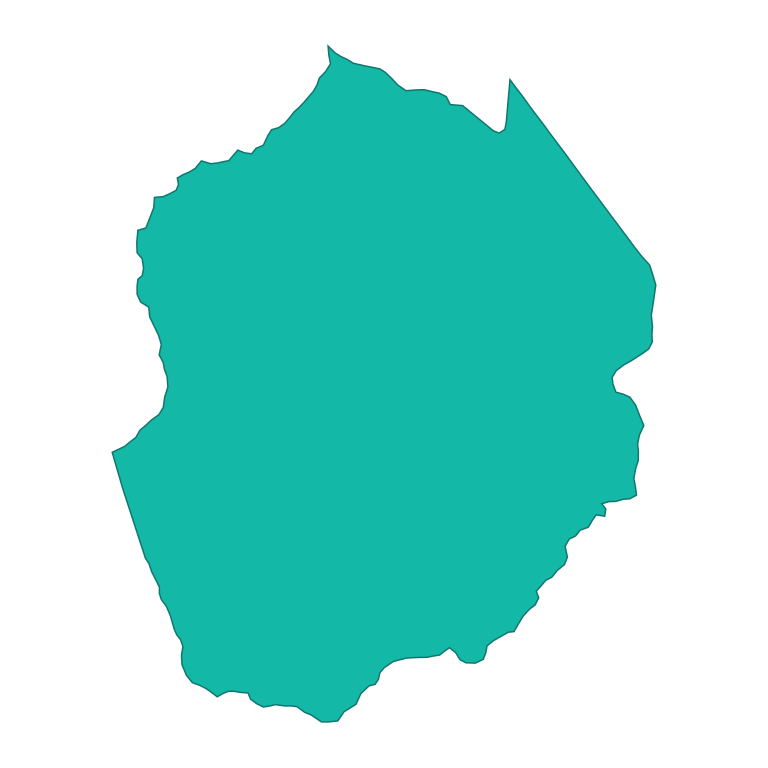 Ocara, Ceará, Brazil
{"feature_id": "56859067B33853151624364", "entity_name": "Ocara", "entity_type": "district", "adm_level": 2, "iso_a3": "BRA", "parent_name": "Brazil", "parent_adm1": "Ceará", "projection": "natural_earth1", "projection_center": [-38.509, -4.524], "detail": "fine", "context": "isolated", "style": "filled", "palette": "teal", "viewbox_px": 768, "rotation_deg": 0, "n_neighbors": 0, "source": "geoboundaries", "source_scale": "gbopen_adm2", "svg_char_len": 2960}
<svg xmlns="http://www.w3.org/2000/svg" viewBox="0 0 768 768"><path d="M250.5,699.1L256.5,703.6L263.3,707.0L269.8,706.0L275.4,704.6L284.6,705.9L291.0,705.9L297.1,706.7L304.8,712.4L310.9,714.8L315.9,718.2L321.5,721.9L328.8,721.9L337.8,720.9L344.1,711.7L356.0,704.3L360.8,693.7L369.0,685.9L375.1,684.3L378.4,679.4L379.8,672.9L384.3,667.6L393.3,661.5L406.2,658.1L412.8,657.7L420.3,657.4L427.1,657.3L433.0,656.1L439.7,655.0L444.4,651.2L449.5,647.7L455.9,652.9L460.0,659.7L465.9,662.8L475.3,663.1L483.2,659.4L485.8,652.9L487.0,645.9L493.4,640.7L501.2,636.2L508.4,632.2L514.0,631.6L517.9,624.7L523.1,616.2L529.3,609.3L535.1,605.0L538.7,597.8L536.3,591.3L540.7,586.3L545.7,580.4L551.9,577.1L557.1,570.6L564.5,564.5L567.4,557.1L565.1,546.3L569.2,539.1L575.6,535.9L580.1,530.2L588.3,527.2L592.3,520.4L596.2,514.9L604.7,516.2L605.8,509.0L601.8,503.7L609.1,501.6L615.9,501.4L623.4,499.2L629.7,498.8L636.5,495.1L635.5,487.3L633.8,478.4L635.9,467.7L638.2,460.8L638.4,452.0L637.6,444.1L639.3,435.3L643.8,425.5L639.9,416.3L635.6,405.1L629.9,397.2L623.4,394.2L615.9,392.2L612.9,384.0L612.1,377.5L616.1,370.8L624.0,364.7L630.5,361.2L636.7,357.2L642.6,353.4L648.7,349.0L652.3,341.9L651.9,334.7L652.5,326.9L651.3,315.0L653.2,303.1L655.8,285.0L652.6,274.2L649.6,265.0L641.6,256.2L634.4,247.0L627.6,237.8L616.7,223.2L610.6,215.1L600.3,201.2L591.5,189.5L579.2,172.8L565.1,153.5L549.2,132.4L543.6,124.6L532.2,109.7L521.9,95.4L515.5,87.1L510.0,79.7L507.9,103.3L507.2,111.4L506.3,122.0L504.9,129.4L499.1,133.1L493.2,130.7L479.7,119.6L462.6,105.6L450.3,104.6L446.3,96.7L439.2,93.1L433.9,92.0L424.2,89.7L416.9,89.9L406.0,90.7L398.0,85.2L391.6,78.4L385.2,72.3L379.9,68.9L373.2,67.5L366.1,66.1L360.1,64.8L353.2,63.2L347.0,59.3L341.2,56.7L335.2,53.0L328.1,46.1L328.8,55.0L330.5,63.8L325.6,71.6L319.4,78.0L317.0,84.9L313.5,91.2L309.5,95.8L304.1,102.2L298.6,107.9L294.2,111.8L289.8,117.5L284.8,123.3L278.6,127.7L271.6,129.7L268.1,135.2L263.3,145.3L256.1,148.3L251.6,153.8L244.3,152.8L237.8,150.1L233.1,155.6L228.7,160.7L223.1,161.7L217.5,163.0L210.8,163.7L201.4,160.9L195.2,168.5L188.7,172.3L183.2,174.6L177.3,178.0L178.5,184.5L176.2,190.3L169.1,194.0L163.0,196.7L154.5,197.4L153.8,207.6L150.0,217.5L145.9,228.0L137.9,230.3L136.8,242.3L137.1,252.7L142.2,258.9L143.6,268.5L142.2,275.6L137.9,279.3L137.1,286.1L137.1,294.2L140.7,302.1L148.8,307.2L149.7,317.0L154.2,326.2L158.6,335.4L161.3,344.5L159.2,354.9L163.3,362.7L164.3,369.0L167.1,376.4L167.9,387.0L164.7,397.0L163.3,407.4L158.9,414.6L151.5,420.0L145.9,425.2L140.0,430.2L135.9,437.4L129.8,442.1L124.8,446.3L117.7,449.7L112.2,452.3L122.7,488.4L145.4,558.1L148.9,563.5L151.8,572.0L156.2,580.6L159.4,587.1L159.4,593.4L161.3,599.5L166.4,606.4L170.3,615.5L172.4,622.7L174.1,628.8L176.8,634.9L180.6,639.7L182.9,646.4L181.5,655.3L182.0,664.6L186.4,675.3L192.3,682.6L200.3,685.6L206.3,688.7L212.3,693.0L217.2,696.8L222.6,693.7L228.2,691.3L234.4,691.3L240.5,692.4L248.1,693.0L250.5,699.1Z" fill="#14b8a6" stroke="#0f766e" stroke-width="1.5"/></svg>